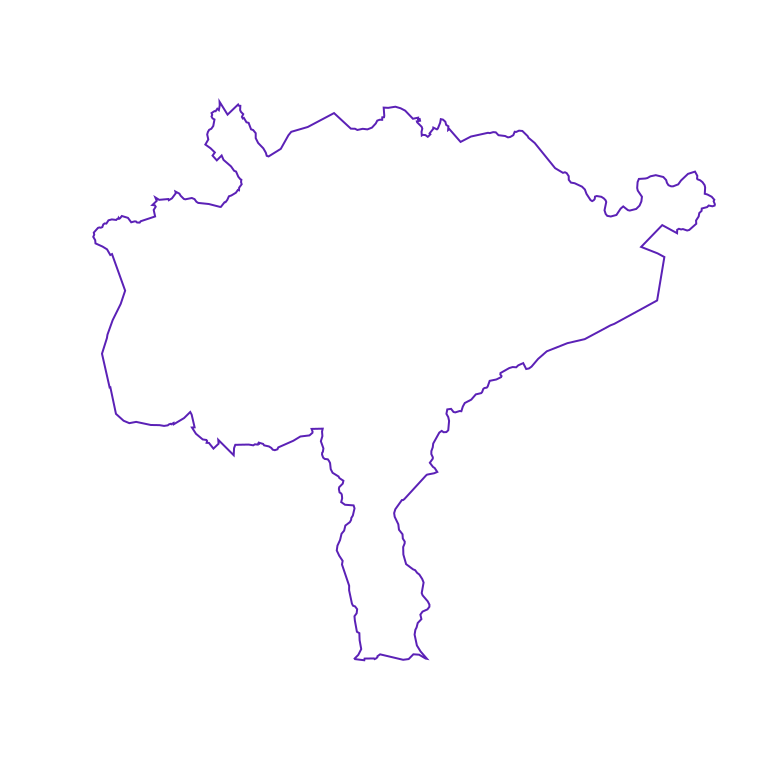 Pantepec, Puebla, Mexico, rotated 187°
{"feature_id": "50627088B55522839668174", "entity_name": "Pantepec", "entity_type": "district", "adm_level": 2, "iso_a3": "MEX", "parent_name": "Mexico", "parent_adm1": "Puebla", "projection": "orthographic", "projection_center": [-97.891, 20.58], "detail": "fine", "context": "isolated", "style": "outline", "palette": "violet", "viewbox_px": 768, "rotation_deg": 187, "n_neighbors": 0, "source": "geoboundaries", "source_scale": "gbopen_adm2", "svg_char_len": 6142}
<svg xmlns="http://www.w3.org/2000/svg" viewBox="0 0 768 768"><g transform="rotate(187 384 384)"><path d="M101.2,632.7L107.9,629.6L114.0,622.2L116.3,618.0L121.2,615.4L123.2,615.2L125.9,616.0L127.7,618.2L128.8,620.8L132.0,623.5L139.7,624.4L144.9,622.6L147.7,620.5L149.7,619.8L156.0,618.6L156.9,615.3L156.6,609.4L155.7,606.9L150.8,601.3L150.8,596.6L152.1,592.2L155.0,588.5L161.2,586.1L163.1,586.3L168.2,589.4L170.5,586.9L173.9,580.1L179.3,577.9L182.9,578.1L184.7,579.8L186.3,583.3L185.6,591.7L186.4,593.3L188.4,595.0L191.1,596.3L195.8,596.5L197.4,595.7L197.4,593.3L198.3,591.9L199.7,590.9L201.4,591.7L206.2,597.4L208.3,601.5L211.5,604.0L219.2,606.5L223.0,606.7L225.5,609.2L226.0,612.8L228.4,615.6L230.2,616.2L232.1,615.4L240.5,619.1L263.8,641.6L270.6,646.0L271.6,647.5L277.5,652.0L280.9,651.9L283.5,650.3L285.0,650.3L286.0,646.7L288.8,644.6L291.0,643.9L294.0,644.9L300.7,644.9L303.7,647.4L306.3,647.3L309.6,645.9L311.4,646.0L327.9,640.2L337.5,633.6L350.2,645.0L351.3,643.9L351.5,647.6L353.9,648.8L355.1,651.8L357.7,653.6L359.9,653.8L360.1,650.2L361.7,644.1L362.5,643.2L366.3,644.5L366.3,643.1L369.3,638.3L368.4,637.5L370.4,634.9L370.0,634.3L373.2,636.1L376.0,636.0L376.8,635.3L377.5,638.9L377.1,642.1L378.0,643.9L383.0,647.8L383.4,648.7L380.3,649.7L380.9,651.4L382.5,651.1L382.6,652.5L387.6,650.8L396.3,657.9L401.1,659.7L406.5,660.6L413.5,658.6L418.0,658.3L416.4,650.2L416.5,648.8L418.2,648.5L418.0,646.0L420.4,645.8L422.8,644.6L423.9,641.6L427.2,637.0L431.5,634.7L436.2,634.7L441.4,632.9L443.9,633.8L448.0,633.4L466.6,646.8L491.0,629.8L506.8,623.0L509.2,619.2L515.1,604.8L526.3,595.8L528.2,596.2L529.5,599.2L532.5,603.2L538.3,607.9L541.3,612.4L541.9,617.3L544.8,620.1L547.0,620.6L550.2,626.7L552.4,627.0L555.5,631.0L556.5,630.3L557.6,631.8L556.6,634.7L559.2,636.7L560.2,638.4L560.5,642.6L562.3,642.6L562.9,643.6L572.1,632.3L581.6,644.1L581.0,640.6L581.3,635.7L583.0,636.9L584.4,634.2L585.5,634.2L588.2,631.9L587.3,630.2L587.8,628.5L586.5,626.7L584.5,625.9L584.9,619.3L586.5,616.3L588.5,615.0L589.5,612.7L589.9,610.1L588.2,605.3L590.5,599.9L584.8,596.8L580.1,593.2L582.0,589.8L577.2,585.6L573.0,591.0L570.6,586.9L562.3,581.3L558.8,577.4L556.7,576.8L553.9,572.0L551.5,569.7L550.5,569.4L550.5,567.0L549.6,564.9L551.7,561.2L551.5,558.6L552.7,558.8L554.3,555.8L558.5,552.5L560.8,551.4L562.0,547.6L563.5,545.1L564.4,545.0L567.5,539.9L568.3,539.8L579.8,541.3L590.5,541.1L592.4,542.0L594.6,544.4L597.4,545.2L603.7,543.1L605.2,543.3L608.8,546.1L610.3,548.0L614.5,549.6L613.9,548.0L617.1,542.4L620.0,540.2L620.6,541.3L629.6,539.4L633.7,541.3L631.9,538.1L635.7,533.4L633.2,533.4L632.2,532.1L633.8,528.7L631.6,522.4L645.3,515.9L646.2,514.4L648.8,514.2L650.0,515.1L651.4,515.0L654.6,513.7L658.4,517.7L664.7,518.8L666.2,516.3L667.0,515.9L667.5,516.4L667.5,515.6L668.6,515.6L669.8,514.2L674.2,514.2L677.4,512.9L679.1,509.4L680.9,509.3L682.1,508.1L682.7,505.4L684.2,504.6L685.6,504.7L686.9,504.1L690.5,498.9L689.8,496.9L690.5,494.6L688.2,491.6L687.5,488.4L680.1,486.1L675.3,483.9L671.4,478.7L669.8,479.8L652.3,445.1L655.1,431.4L661.1,414.3L664.5,399.2L664.6,395.9L667.6,379.7L655.9,347.1L655.2,347.4L646.4,321.7L638.0,315.8L632.0,314.1L625.4,316.2L610.4,314.9L601.9,315.8L597.2,315.6L593.6,316.6L592.4,317.8L590.8,318.5L590.2,318.1L588.1,319.7L587.8,318.4L578.3,325.8L572.9,332.6L571.2,330.2L566.7,317.9L569.3,317.4L564.6,311.7L557.2,306.9L553.5,306.8L552.7,306.0L552.9,304.0L550.6,304.2L545.4,299.1L540.9,304.6L541.7,308.4L524.5,295.0L525.0,302.1L524.2,305.5L510.9,307.4L506.3,307.2L504.8,308.4L501.8,308.5L501.6,309.6L500.8,309.5L500.9,310.5L496.7,309.8L495.5,308.5L490.6,308.0L488.0,306.8L486.5,305.3L484.3,305.0L481.8,306.2L481.2,308.2L467.1,316.6L460.6,321.7L451.7,323.9L449.1,326.8L449.1,328.0L450.4,330.6L439.4,332.2L439.7,329.2L438.8,324.8L439.7,319.5L436.3,312.7L436.4,309.3L437.0,308.2L436.9,306.4L435.4,303.5L433.7,302.4L430.6,302.4L429.2,300.9L427.9,299.0L426.5,293.0L424.2,289.6L417.9,286.7L416.7,285.1L412.5,283.0L412.8,280.1L415.9,276.1L416.0,274.3L414.9,271.0L413.1,270.1L412.4,269.0L411.6,265.5L412.1,261.6L408.0,259.4L399.4,259.8L398.1,257.0L398.9,249.6L400.1,247.1L400.1,245.1L401.0,242.8L405.1,238.8L405.7,233.6L407.9,230.2L408.6,223.8L410.5,217.9L410.6,213.0L407.5,208.1L403.5,203.4L403.7,199.7L394.0,179.5L393.5,175.0L389.1,162.2L387.8,160.2L385.6,159.7L383.2,157.2L383.2,153.1L385.0,149.9L384.1,145.7L380.7,134.8L378.1,133.7L377.0,126.8L374.3,118.1L376.5,112.0L379.7,107.9L379.2,107.4L369.9,107.4L369.8,109.1L360.5,110.4L359.8,109.8L358.5,110.6L357.3,111.9L357.3,113.0L354.9,115.2L331.4,112.6L326.0,114.0L321.9,119.3L316.2,119.6L309.3,116.6L307.9,116.5L315.1,123.0L319.5,128.5L323.1,139.0L322.9,143.9L322.0,146.3L321.4,150.9L318.2,155.2L319.8,159.5L318.0,162.8L313.4,165.6L311.8,168.4L312.0,170.5L314.1,173.6L319.9,178.9L321.1,181.1L320.5,191.8L322.3,195.1L325.7,199.2L328.1,200.6L330.4,203.0L332.6,203.6L340.1,207.9L344.0,217.1L345.1,224.5L344.1,228.2L344.2,230.1L346.5,232.9L347.3,237.1L351.4,241.2L352.7,246.5L357.2,253.5L358.2,257.1L357.5,261.1L352.1,271.0L351.0,271.1L349.8,272.2L331.1,298.4L330.2,299.3L323.4,301.5L320.4,303.2L323.5,306.8L325.3,307.7L328.9,311.4L326.5,315.8L326.6,317.2L328.5,320.2L328.8,323.2L327.9,327.1L327.9,330.9L323.2,342.5L321.0,344.5L319.0,343.4L316.2,343.9L314.6,345.9L314.9,355.3L316.2,359.0L318.4,362.0L318.1,366.5L314.4,367.5L311.6,364.7L309.8,364.5L305.6,366.4L303.9,366.4L303.0,371.3L301.5,375.0L295.5,379.1L291.6,384.9L286.4,386.8L285.6,388.0L284.9,391.1L283.9,392.2L281.6,392.9L280.8,394.1L279.5,400.0L273.0,402.2L268.6,405.1L268.3,406.2L269.7,407.6L269.7,409.1L261.6,415.1L258.4,416.5L254.8,416.7L253.0,418.9L248.4,421.7L244.7,416.2L242.0,417.1L239.7,419.2L234.1,427.7L226.4,436.3L206.9,446.9L190.2,453.0L166.4,469.8L162.7,471.8L123.1,500.2L121.2,544.2L128.4,547.0L145.5,551.4L127.2,575.6L111.5,569.4L111.8,572.8L110.2,574.0L108.0,573.6L106.2,574.2L101.8,573.3L99.8,574.1L93.6,581.1L94.2,584.3L92.1,588.6L91.9,592.1L89.9,594.5L90.0,596.9L84.8,599.0L83.5,600.7L79.7,600.4L77.6,601.4L77.5,602.7L79.1,605.6L78.6,607.1L81.6,609.8L86.1,611.5L88.8,611.9L89.2,618.1L90.0,620.4L92.4,623.1L95.0,624.7L97.8,625.4L98.3,626.0L98.4,628.8L101.2,632.7Z" fill="none" stroke="#5b21b6" stroke-width="2"/></g></svg>